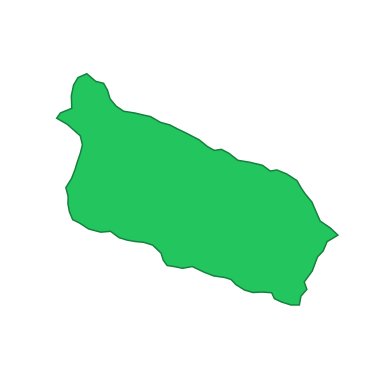 outline of Marinópolis, São Paulo, Brazil, rotated 109°
{"feature_id": "56859067B71245094474984", "entity_name": "Marinópolis", "entity_type": "district", "adm_level": 2, "iso_a3": "BRA", "parent_name": "Brazil", "parent_adm1": "São Paulo", "projection": "mercator", "projection_center": [-50.833, -20.48], "detail": "fine", "context": "isolated", "style": "filled", "palette": "green", "viewbox_px": 384, "rotation_deg": 109, "n_neighbors": 0, "source": "geoboundaries", "source_scale": "gbopen_adm2", "svg_char_len": 1205}
<svg xmlns="http://www.w3.org/2000/svg" viewBox="0 0 384 384"><g transform="rotate(109 192 192)"><path d="M114.4,330.0L121.0,337.1L129.5,338.8L140.4,337.4L152.0,332.9L160.0,342.1L166.3,344.0L168.6,332.0L175.2,316.0L183.0,311.0L191.9,310.2L201.8,310.2L209.1,309.9L218.4,310.3L228.9,312.7L236.5,307.7L243.7,305.4L250.7,301.4L257.0,295.8L258.0,288.0L260.6,277.8L259.7,265.2L255.7,256.2L258.9,246.1L258.6,237.6L257.3,229.5L255.3,221.3L255.0,211.9L259.9,201.3L265.8,197.0L269.6,191.6L268.3,184.4L267.2,176.0L262.4,167.5L263.9,154.2L264.3,144.2L262.2,133.3L262.0,126.6L265.3,120.3L267.6,110.4L267.2,101.6L263.9,93.5L261.3,83.9L266.0,79.4L266.9,71.4L266.6,61.6L263.9,53.7L255.0,55.1L246.7,51.7L240.5,56.6L227.6,52.6L219.7,52.4L212.5,52.2L205.2,48.8L195.0,48.1L185.3,40.0L181.1,49.2L177.7,61.4L170.5,68.1L162.5,75.3L157.0,84.3L153.0,89.7L147.1,96.4L144.2,107.9L143.5,118.9L146.7,124.8L143.8,134.0L145.1,147.3L147.1,159.0L143.4,169.6L142.1,178.1L145.4,184.4L144.0,192.2L140.4,202.0L138.2,216.5L137.1,226.4L135.8,234.8L136.4,244.7L134.2,255.7L135.1,263.6L135.9,271.7L137.9,283.0L135.5,291.7L130.6,299.8L123.3,305.0L118.0,311.0L118.7,319.1L114.4,330.0Z" fill="#22c55e" stroke="#15803d" stroke-width="1.5"/></g></svg>